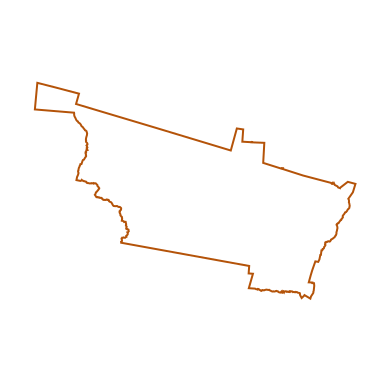 Río Seco, Córdoba, Argentina, rotated 184°
{"feature_id": "61730980B71498262551365", "entity_name": "Río Seco", "entity_type": "district", "adm_level": 2, "iso_a3": "ARG", "parent_name": "Argentina", "parent_adm1": "Córdoba", "projection": "natural_earth1", "projection_center": [-63.26, -30.047], "detail": "fine", "context": "isolated", "style": "outline", "palette": "amber", "viewbox_px": 384, "rotation_deg": 184, "n_neighbors": 0, "source": "geoboundaries", "source_scale": "gbopen_adm2", "svg_char_len": 5841}
<svg xmlns="http://www.w3.org/2000/svg" viewBox="0 0 384 384"><g transform="rotate(184 192 192)"><path d="M75.2,93.9L72.9,96.4L72.6,97.0L66.5,93.9L66.0,96.1L65.3,97.4L64.1,99.5L63.9,100.1L64.0,100.9L63.7,102.0L63.5,106.9L63.9,109.5L65.6,109.5L65.6,110.1L69.2,110.0L67.8,117.0L66.6,122.3L64.1,131.4L61.2,131.1L60.2,133.6L59.6,138.2L59.0,138.3L58.8,142.7L58.2,142.7L57.9,143.0L57.9,143.7L57.8,144.1L57.7,144.3L57.1,144.4L56.5,145.2L56.4,145.4L56.4,146.2L56.3,146.5L55.9,146.9L55.2,148.2L55.3,148.8L55.7,149.1L55.7,149.3L55.5,149.7L55.4,150.0L55.2,150.5L55.5,151.0L54.7,151.6L54.3,151.6L54.1,151.5L53.7,151.6L53.1,152.2L52.3,152.4L51.6,152.1L51.1,152.2L50.7,152.5L50.4,153.3L50.1,153.6L50.0,154.2L48.3,155.3L47.5,156.2L46.7,156.7L45.8,158.6L45.5,158.7L45.0,160.4L45.1,161.8L44.7,163.7L44.6,164.8L44.4,165.7L44.5,167.0L44.7,167.7L44.9,168.3L45.5,169.3L45.1,169.7L45.2,170.2L44.9,170.5L44.3,170.8L44.1,171.2L43.6,171.2L42.9,172.6L41.9,174.0L41.8,174.3L41.3,174.4L41.0,175.0L41.0,175.4L40.8,175.5L40.3,176.4L39.8,177.0L39.7,177.5L40.0,178.3L39.9,178.9L38.7,180.6L38.0,181.8L38.0,182.2L37.6,182.5L36.9,182.7L36.4,183.5L35.9,184.1L35.7,184.8L35.2,185.7L34.8,185.9L33.9,187.2L33.9,188.3L33.7,189.1L34.3,191.6L34.8,192.7L34.7,193.7L35.0,195.2L35.6,196.1L31.5,202.9L29.5,211.5L37.3,213.0L44.7,206.4L44.7,206.2L46.5,206.7L47.3,207.8L48.2,208.2L49.0,208.5L50.1,209.0L50.5,209.5L50.7,210.2L51.0,210.7L51.2,210.2L51.6,210.4L52.0,210.1L52.5,210.7L52.9,209.9L53.1,209.9L54.0,210.8L82.4,216.2L102.8,221.2L102.8,222.1L104.2,222.1L104.3,221.5L123.0,226.0L123.3,246.1L135.9,245.7L135.8,246.1L136.3,246.1L136.8,245.8L145.3,245.7L145.3,258.0L151.7,258.5L156.2,236.1L232.2,253.4L313.8,271.7L311.6,282.2L335.7,286.8L353.9,290.1L354.5,263.4L315.2,262.9L315.0,262.0L315.0,261.2L314.8,260.2L314.4,259.1L313.7,258.1L312.4,255.7L311.4,254.7L310.7,254.4L310.2,253.4L308.8,252.7L308.0,251.9L307.6,251.4L306.8,250.0L306.4,249.7L305.6,249.2L305.0,248.6L304.5,247.8L303.6,247.0L303.0,246.1L302.3,245.9L301.5,245.3L300.7,243.1L300.8,241.3L301.3,239.1L301.5,237.4L301.5,236.9L301.2,236.3L301.4,235.6L301.1,234.5L300.3,233.8L299.9,233.3L299.7,232.8L299.6,232.1L299.7,231.9L300.1,231.7L300.5,231.0L300.1,230.5L299.5,229.2L300.1,228.7L300.1,228.2L299.7,227.8L299.3,226.8L299.2,226.6L299.7,226.5L300.1,226.7L300.3,226.5L300.3,225.9L300.6,225.0L300.4,224.7L300.4,224.3L300.9,224.3L301.0,223.4L300.4,222.3L300.4,222.0L300.5,221.9L300.5,221.3L300.2,220.9L300.1,220.5L300.2,220.1L301.0,218.9L301.8,217.3L302.0,216.8L303.0,216.3L303.3,215.7L304.2,212.2L305.3,212.0L305.4,211.5L305.4,211.1L305.9,210.2L305.9,209.6L306.5,208.3L306.8,206.6L306.8,205.5L307.1,205.1L307.1,204.7L306.9,203.8L306.6,203.3L306.5,203.0L306.7,202.4L306.8,201.4L307.2,200.4L307.4,199.7L307.7,199.0L308.1,195.8L304.3,195.3L303.9,195.3L303.2,195.8L303.0,196.1L302.9,195.9L302.7,195.8L302.2,196.0L301.4,195.6L301.1,195.3L299.9,195.3L299.4,195.1L299.2,194.9L298.4,194.9L297.9,194.5L297.7,193.9L297.0,193.6L296.0,193.7L295.0,193.4L292.7,193.6L292.7,193.8L291.3,193.8L291.0,194.0L290.5,193.5L290.1,193.8L289.7,194.0L288.6,193.9L288.0,193.3L286.9,192.4L286.8,191.6L286.6,191.3L285.7,190.5L285.5,190.1L285.3,189.9L285.3,189.7L284.8,189.3L284.8,189.1L284.8,188.9L285.6,187.8L285.7,187.4L286.4,186.7L286.6,186.1L286.8,185.9L287.8,184.9L287.8,184.5L288.0,184.2L288.3,182.9L288.7,182.4L287.2,180.5L287.0,180.2L286.4,180.1L286.2,180.4L285.8,180.4L285.0,180.0L284.6,180.2L284.4,180.0L283.8,180.0L283.5,179.7L283.0,179.7L282.3,179.9L281.5,179.6L281.1,178.8L280.6,178.7L280.3,178.2L279.9,178.0L279.1,177.9L278.5,178.1L277.5,178.0L276.7,178.6L276.3,178.6L275.9,178.2L275.5,178.4L275.1,178.4L274.8,178.3L274.7,178.0L274.4,178.0L274.2,177.6L274.1,177.0L273.8,176.8L273.3,176.5L272.7,176.4L272.1,176.2L271.4,175.6L271.1,174.9L270.6,174.4L270.0,173.3L269.6,172.9L269.2,172.6L267.6,172.5L265.8,172.8L265.5,172.5L263.8,171.9L263.3,172.1L262.9,172.0L262.4,171.7L261.8,171.2L261.6,171.0L261.5,170.3L261.6,169.4L261.9,168.9L262.2,168.8L262.5,168.3L262.5,167.7L262.9,167.6L262.9,166.9L262.7,166.7L262.6,166.0L261.8,164.7L261.8,163.9L261.7,163.6L261.0,162.9L260.3,162.4L260.2,162.0L260.2,161.6L260.0,161.4L260.0,160.9L259.8,160.4L259.9,160.1L259.9,159.4L260.0,158.9L260.0,158.5L259.3,158.6L258.8,158.2L257.9,157.9L257.6,157.3L256.6,157.6L256.1,157.6L256.0,157.1L255.5,155.5L255.6,154.9L255.4,154.6L255.6,154.1L255.6,153.8L255.3,153.6L254.7,152.8L254.8,152.4L255.0,151.9L254.8,151.3L255.1,151.0L255.1,150.8L254.1,150.3L253.8,150.5L253.5,150.3L252.8,150.1L252.6,149.7L252.6,148.8L252.4,148.4L252.9,147.8L253.0,147.3L253.2,147.0L253.5,147.0L253.2,146.5L253.2,145.2L253.8,144.4L254.6,143.6L254.5,143.0L254.3,142.7L255.2,142.1L255.5,141.7L255.9,141.7L256.3,141.7L256.7,141.8L257.3,141.9L257.9,141.4L258.2,141.4L258.4,141.5L258.5,141.5L258.6,141.2L259.0,140.8L258.8,140.4L258.9,140.1L258.6,139.5L258.4,138.3L258.8,137.6L259.3,137.4L259.3,137.2L258.8,136.9L258.6,136.6L258.7,136.4L129.8,122.2L129.8,114.7L125.5,114.7L128.6,100.0L122.3,100.0L121.2,99.5L120.2,99.5L119.8,99.3L119.6,99.9L119.1,99.9L118.5,99.7L117.7,99.0L117.2,98.9L116.6,98.4L115.8,98.2L115.5,98.4L115.1,99.1L114.4,99.1L113.7,98.9L113.3,98.9L112.8,99.2L111.1,99.8L108.8,99.6L108.2,99.8L107.3,99.2L106.6,99.0L106.1,98.7L104.9,98.3L103.9,98.6L103.5,98.4L102.7,98.5L101.8,98.8L101.6,99.0L100.9,99.2L100.7,99.0L99.5,99.0L99.1,98.5L98.4,98.1L96.9,97.8L96.5,97.9L96.1,98.7L95.7,99.1L95.6,98.6L95.4,98.1L94.9,98.0L94.8,97.8L94.6,97.8L94.4,98.4L94.1,98.8L94.2,99.3L94.0,99.5L93.6,99.3L93.1,98.5L92.9,99.1L92.5,99.2L92.3,99.4L91.8,99.5L91.4,99.3L91.0,99.4L90.8,99.2L90.7,99.3L90.3,99.4L89.9,99.1L88.2,99.0L88.1,99.4L87.7,99.3L87.8,99.8L87.4,100.0L86.1,99.7L85.4,99.9L85.0,99.6L84.4,99.4L84.3,99.2L83.6,99.4L83.2,99.4L82.9,99.2L82.5,99.3L81.9,99.2L81.5,99.6L81.1,99.5L80.1,99.4L79.8,99.0L77.5,98.7L77.2,98.1L77.2,97.4L76.8,96.4L75.2,93.9Z" fill="none" stroke="#b45309" stroke-width="2"/></g></svg>